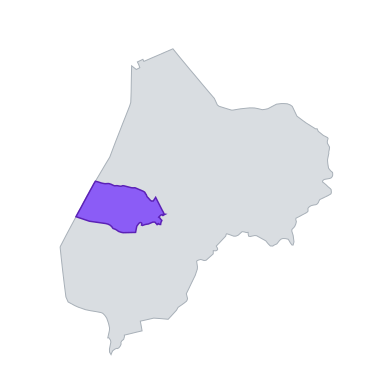 location of An-Najaf within Iraq, rotated 79°
{"feature_id": "IRQ-3061", "entity_name": "An-Najaf", "entity_type": "Province", "adm_level": 1, "iso_a3": "IRQ", "parent_name": "Iraq", "parent_adm1": "", "projection": "orthographic", "projection_center": [43.942, 31.079], "detail": "fine", "context": "in_parent", "style": "filled", "palette": "violet", "viewbox_px": 384, "rotation_deg": 79, "n_neighbors": 0, "source": "natural_earth", "source_scale": "10m", "svg_char_len": 4544}
<svg xmlns="http://www.w3.org/2000/svg" viewBox="0 0 384 384"><g transform="rotate(79 192 192)"><path d="M153.8,57.1L156.5,56.5L161.5,52.3L164.5,48.5L165.4,48.2L168.0,49.5L169.9,49.8L174.2,48.4L176.7,49.2L178.9,50.2L180.1,50.3L185.9,52.7L187.3,53.0L190.3,53.3L194.7,53.4L197.6,51.9L199.6,50.3L201.0,50.4L202.4,50.7L203.6,51.4L204.6,52.5L205.0,54.2L204.9,59.4L205.3,60.8L206.1,61.7L207.1,61.9L208.3,60.8L210.4,59.1L213.0,57.3L214.9,55.7L216.0,55.0L217.8,55.1L219.5,55.4L220.5,56.2L220.5,56.4L221.4,58.9L223.8,68.0L225.1,69.1L226.6,70.1L227.7,71.5L228.1,72.8L228.0,74.9L228.1,77.4L228.7,79.3L229.6,80.7L230.4,81.4L231.6,81.5L233.0,81.8L234.0,83.2L237.2,93.6L237.6,95.0L238.9,95.4L241.0,95.2L243.2,96.2L245.6,97.9L247.8,101.0L249.3,101.5L254.0,101.0L260.4,101.4L263.4,102.9L263.1,104.0L260.8,105.1L256.8,106.5L255.7,108.8L255.0,111.7L255.2,113.4L256.2,115.2L259.2,118.7L259.4,120.0L259.9,121.8L260.5,123.0L259.9,125.4L257.4,127.1L254.0,128.9L247.2,137.0L246.7,138.8L246.8,143.5L246.2,144.8L244.0,144.9L242.3,144.6L242.2,146.3L241.1,148.5L240.5,150.4L243.2,154.9L243.7,157.3L243.3,159.5L241.0,163.3L239.6,165.9L239.9,166.4L241.8,167.4L247.7,175.6L249.7,178.5L252.1,177.7L253.0,177.7L253.7,178.2L254.2,179.2L254.2,180.4L253.6,182.3L256.8,183.0L257.9,184.8L261.7,191.2L261.6,193.2L259.9,196.2L260.0,198.3L260.4,200.1L261.0,200.7L266.4,200.9L268.7,201.5L274.4,204.7L280.9,209.6L286.3,213.6L290.8,217.0L295.6,216.7L297.0,217.3L298.2,218.3L299.7,221.2L302.6,227.7L305.1,229.8L308.9,234.9L312.4,239.7L310.4,246.5L308.5,253.6L308.8,262.6L308.9,267.4L313.6,267.4L318.8,267.5L319.0,273.3L319.3,279.1L319.6,285.7L321.1,285.9L323.6,287.2L324.7,289.3L326.1,290.5L327.7,290.6L329.3,291.6L330.9,293.4L331.5,294.9L331.1,295.9L331.5,297.6L332.7,300.1L334.1,301.2L336.2,302.5L333.4,303.5L330.4,303.0L323.9,300.3L321.8,300.3L319.2,301.5L319.1,302.5L312.2,299.5L309.8,298.9L308.9,298.9L305.0,299.0L299.5,299.8L296.3,301.2L294.1,302.7L293.1,304.1L292.8,304.8L291.1,309.0L289.2,314.2L287.2,319.0L283.3,325.7L281.1,328.8L276.3,334.6L271.0,335.8L258.6,335.0L244.9,334.0L231.3,332.9L221.2,332.0L220.4,331.7L210.3,323.7L202.4,317.3L192.6,309.3L182.6,301.2L172.5,292.8L165.2,286.7L156.4,278.9L148.4,271.8L142.1,266.1L134.0,261.1L127.7,257.2L118.6,251.4L111.3,246.8L105.1,242.8L95.5,236.7L92.3,235.0L82.4,232.7L72.9,230.7L63.1,228.6L56.6,227.2L61.1,223.3L60.0,219.5L56.8,220.0L53.9,220.8L52.4,214.9L54.6,214.3L52.9,206.7L51.2,198.8L49.5,191.2L47.8,183.4L56.3,178.9L62.5,175.5L71.3,170.7L79.7,166.0L87.7,161.6L96.5,156.7L104.4,152.2L111.4,150.5L113.0,149.1L116.4,142.8L119.2,137.5L119.4,136.2L119.6,128.5L120.4,119.5L121.4,114.7L123.1,110.5L124.6,107.4L124.8,104.5L124.7,101.5L123.3,97.0L121.9,92.3L122.2,87.8L122.6,85.4L123.6,81.6L125.3,78.9L127.1,77.2L133.7,75.5L137.6,74.5L142.9,69.7L146.0,66.8L150.3,62.2L153.5,58.8L153.8,57.6L153.8,57.1Z" fill="#d9dde1" stroke="#a8b0b8" stroke-width="1"/><path d="M194.1,310.6L192.6,309.4L189.2,306.6L185.8,303.7L182.3,300.9L178.9,298.1L176.2,295.9L173.6,293.7L171.0,291.6L168.4,289.4L165.2,286.8L163.0,284.8L163.2,284.4L164.0,282.6L166.0,279.0L166.9,276.8L167.3,275.6L167.7,272.6L167.8,272.2L168.0,271.7L169.0,269.9L170.7,267.6L171.0,267.1L171.2,266.4L171.4,264.7L171.5,264.2L172.7,261.2L172.8,260.4L172.8,259.9L172.7,259.6L172.6,259.3L172.6,258.9L172.7,258.3L173.0,257.5L176.2,250.7L176.6,249.4L176.8,248.4L176.9,247.3L177.3,246.6L181.9,239.8L182.8,238.8L183.3,238.4L183.8,238.2L184.4,238.1L184.7,238.1L185.5,237.5L185.9,237.4L187.8,237.1L188.2,236.9L188.6,236.7L189.4,236.1L192.1,234.5L192.6,234.1L193.2,233.4L193.3,232.4L193.4,231.7L190.3,228.7L204.0,224.8L206.7,223.9L207.5,223.8L207.8,224.1L208.1,224.3L208.2,224.1L208.3,223.7L208.7,222.6L209.2,224.3L209.4,224.6L209.5,224.8L209.4,225.4L208.7,225.8L208.5,226.2L208.6,226.5L208.8,227.2L209.4,228.1L209.5,228.3L209.8,228.6L209.9,228.9L210.4,229.5L211.4,228.5L212.0,228.1L212.4,228.1L212.6,228.1L214.1,227.0L214.9,227.5L215.5,228.0L216.4,228.5L217.9,229.0L217.5,230.4L217.4,230.5L217.1,230.7L216.9,230.7L216.6,230.9L216.6,231.1L216.6,231.3L216.7,231.5L216.8,231.8L217.0,231.9L217.3,232.1L217.4,232.4L217.4,232.5L216.4,233.0L215.4,233.7L214.8,233.9L214.5,234.3L214.3,235.1L214.1,236.2L215.1,241.1L215.0,242.2L215.0,244.4L215.4,247.0L214.8,247.9L214.3,247.6L213.5,247.3L212.9,247.4L212.2,248.2L212.1,249.0L212.7,250.2L214.7,252.4L215.2,252.8L220.9,255.1L218.8,267.4L218.1,269.1L216.7,271.6L215.3,272.9L214.1,274.2L212.7,276.5L210.7,277.4L209.2,278.5L208.7,279.0L207.5,280.6L206.5,282.7L201.1,298.3L194.5,309.9L194.1,310.6Z" fill="#8b5cf6" stroke="#5b21b6" stroke-width="1.5"/></g></svg>